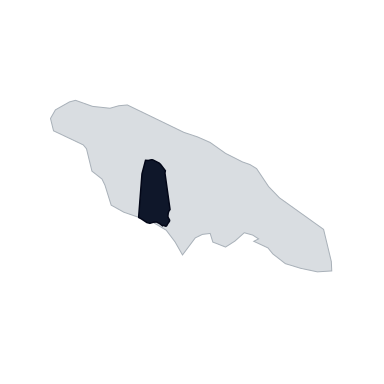 Jamaica, with Manchester highlighted, rotated 18°
{"feature_id": "JAM-1372", "entity_name": "Manchester", "entity_type": "Parish", "adm_level": 1, "iso_a3": "JAM", "parent_name": "Jamaica", "parent_adm1": "", "projection": "mercator", "projection_center": [-77.454, 18.04], "detail": "fine", "context": "in_parent", "style": "filled", "palette": "ink", "viewbox_px": 384, "rotation_deg": 18, "n_neighbors": 0, "source": "natural_earth", "source_scale": "10m", "svg_char_len": 1361}
<svg xmlns="http://www.w3.org/2000/svg" viewBox="0 0 384 384"><g transform="rotate(18 192 192)"><path d="M194.0,139.3L212.0,144.9L230.6,147.8L238.7,148.0L246.2,149.8L263.2,163.2L276.9,170.5L328.7,186.9L346.0,215.1L349.3,223.9L335.9,229.2L319.0,231.0L302.9,231.3L288.0,225.9L281.5,221.7L266.0,219.8L269.8,216.0L263.0,214.2L254.3,214.6L248.0,225.4L240.9,234.0L227.3,233.2L222.1,225.8L215.0,229.1L209.3,234.6L202.4,254.8L191.3,244.7L179.3,236.3L164.1,232.9L133.5,232.3L119.2,229.5L107.1,212.4L102.4,207.5L90.4,203.1L78.3,183.5L74.0,180.8L41.4,176.6L34.7,165.8L36.7,156.1L47.6,144.2L52.9,140.8L70.9,141.3L88.1,137.7L95.7,132.6L103.6,129.2L165.9,137.8L180.3,137.9L194.0,139.3Z" fill="#d9dde1" stroke="#a8b0b8" stroke-width="1"/><path d="M174.4,233.3L174.2,233.2L170.9,232.0L167.5,231.5L164.8,232.6L161.6,234.8L158.5,235.0L152.1,233.2L149.2,232.7L148.9,232.0L138.8,190.1L138.0,176.2L139.9,175.7L140.9,175.4L142.5,174.4L143.6,173.8L144.4,173.6L145.2,173.6L150.9,174.5L151.4,174.5L153.5,175.4L160.1,180.0L160.4,182.3L176.5,215.4L176.3,216.2L175.9,217.5L175.9,218.2L175.9,219.3L176.3,221.4L176.5,222.3L176.8,223.0L177.5,223.9L179.1,225.3L179.5,225.9L179.6,226.4L179.6,226.9L178.7,229.8L178.4,231.7L178.2,232.1L178.0,232.4L177.7,232.6L177.3,232.7L176.8,232.7L175.5,232.5L175.1,232.7L174.8,232.9L174.4,233.3Z" fill="#0f172a" stroke="#020617" stroke-width="1.5"/></g></svg>